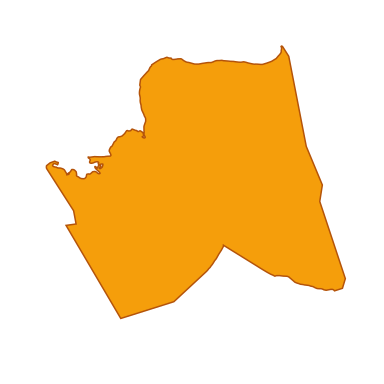 outline of Las Vegas, Santa Bárbara, Honduras, rotated 253°
{"feature_id": "27666195B74712516647149", "entity_name": "Las Vegas", "entity_type": "district", "adm_level": 2, "iso_a3": "HND", "parent_name": "Honduras", "parent_adm1": "Santa Bárbara", "projection": "albers", "projection_center": [-88.037, 14.873], "detail": "fine", "context": "isolated", "style": "filled", "palette": "amber", "viewbox_px": 384, "rotation_deg": 253, "n_neighbors": 0, "source": "geoboundaries", "source_scale": "gbopen_adm2", "svg_char_len": 5909}
<svg xmlns="http://www.w3.org/2000/svg" viewBox="0 0 384 384"><g transform="rotate(253 192 192)"><path d="M261.6,69.8L261.4,64.9L260.2,61.8L259.7,60.6L259.1,60.3L258.5,60.0L257.9,59.9L257.0,59.8L208.7,73.3L195.3,71.8L196.9,61.8L91.9,86.9L92.4,142.6L111.8,182.6L112.6,184.0L113.9,185.8L114.3,186.7L114.7,187.4L115.2,188.0L116.0,189.0L116.6,190.0L118.1,191.8L119.8,193.7L120.6,195.0L121.5,196.1L124.6,199.3L126.3,201.3L127.7,203.0L130.8,206.1L131.3,206.3L131.9,206.5L102.3,232.4L98.7,235.5L93.7,240.0L90.3,243.3L88.8,245.1L87.3,246.6L87.3,248.5L86.8,250.0L86.6,250.9L84.9,254.7L83.8,257.8L83.3,258.8L82.5,259.7L78.0,262.6L75.7,264.0L74.4,265.5L73.0,267.6L72.7,267.9L72.0,268.9L71.4,270.3L70.7,271.7L70.3,272.3L68.4,276.6L67.4,277.8L66.9,278.7L66.2,280.0L64.4,281.8L63.2,283.3L62.9,283.9L62.6,284.6L62.3,285.5L62.0,286.5L61.7,287.3L60.9,288.5L60.6,288.9L60.1,289.3L59.8,289.7L58.8,291.6L58.3,296.3L58.1,296.9L57.9,297.6L57.6,298.2L57.1,298.7L56.7,299.0L55.8,299.4L55.9,307.7L64.3,313.3L145.6,311.4L160.6,318.7L202.2,314.6L293.5,324.2L304.4,321.2L305.1,320.8L305.4,320.2L305.1,319.7L304.1,319.8L303.0,319.6L301.0,318.6L299.9,318.3L299.0,317.6L297.8,316.0L296.9,314.4L295.0,311.5L294.5,309.4L293.8,306.9L293.6,305.3L293.4,301.2L293.4,296.9L293.8,295.3L295.0,292.3L295.7,290.3L296.0,289.0L296.7,287.5L297.8,285.5L299.0,283.4L300.3,281.5L301.4,279.5L301.8,276.7L302.5,274.7L303.5,272.4L304.8,269.7L305.6,267.3L306.8,264.5L308.4,260.4L309.1,259.2L309.3,258.6L309.7,256.7L310.3,254.7L310.5,253.6L310.5,252.0L310.3,250.5L310.2,249.2L310.2,248.1L310.7,246.6L311.2,244.7L311.6,241.9L312.0,239.4L312.2,237.3L312.4,235.7L312.8,234.3L313.5,232.2L313.7,231.7L316.7,227.0L317.0,226.4L317.5,225.3L318.0,224.5L318.8,223.7L319.8,222.7L322.1,221.0L322.4,220.7L322.6,220.4L322.8,219.9L323.5,217.2L323.6,215.9L324.1,213.2L324.5,212.1L324.8,211.8L325.2,211.4L326.2,211.1L326.4,210.3L326.7,209.6L327.2,208.6L327.8,208.0L328.2,207.2L328.1,205.6L327.9,204.3L327.9,203.3L328.1,201.9L328.1,200.5L327.0,196.0L326.7,195.0L326.5,194.3L325.4,190.6L324.9,190.4L324.5,190.1L324.2,189.7L324.0,189.1L323.2,188.1L322.2,187.2L321.5,186.6L320.9,186.1L320.7,185.9L320.2,184.8L317.6,180.4L315.2,176.5L314.6,175.7L314.3,175.5L309.9,173.5L309.1,173.3L307.9,173.5L307.2,173.3L306.6,172.9L305.5,172.2L304.0,171.4L302.5,170.8L301.1,170.4L300.2,170.3L298.7,170.2L297.1,170.0L296.1,169.7L294.5,169.1L293.0,168.8L291.9,168.7L290.2,168.7L287.7,168.2L285.7,168.0L284.7,168.0L284.0,168.1L280.5,168.6L278.3,168.7L276.7,169.1L276.1,169.1L275.3,169.0L274.3,168.7L273.2,168.4L269.8,165.9L269.0,165.4L268.4,165.1L264.9,164.1L264.2,163.9L263.4,163.8L261.3,162.9L260.5,162.9L258.2,163.3L257.9,163.2L257.7,162.9L257.6,162.7L257.6,162.4L257.6,162.2L257.7,161.9L258.4,161.0L258.8,160.7L259.0,160.6L259.4,160.6L259.7,161.9L259.8,162.2L259.9,162.3L260.1,162.4L261.5,162.4L262.3,162.5L263.2,162.3L263.7,162.1L264.4,161.4L265.3,160.8L265.6,160.4L265.7,160.1L265.5,158.5L265.5,158.2L266.0,157.5L266.2,157.4L266.7,157.3L266.9,157.1L267.1,156.8L267.3,156.3L267.5,155.9L269.4,153.6L269.6,153.3L269.6,153.0L269.6,152.8L269.2,152.1L268.7,151.6L268.6,151.3L268.6,150.8L268.7,150.1L268.8,149.4L268.9,149.1L269.4,148.6L269.7,148.1L269.7,147.7L269.7,147.4L269.5,147.1L267.5,144.6L266.9,143.3L266.1,141.8L266.0,141.2L265.9,140.3L266.0,138.8L266.2,137.7L266.1,137.3L265.8,136.7L265.3,135.9L264.1,134.9L263.4,134.1L263.1,133.4L262.8,132.8L262.7,132.4L262.5,132.1L260.6,130.3L259.8,129.5L259.4,129.0L259.0,128.5L258.9,127.7L258.5,127.1L257.9,126.6L256.9,125.6L256.1,125.1L255.6,124.9L255.3,124.8L254.9,124.8L252.7,125.2L251.4,125.3L251.0,125.3L250.7,125.1L250.5,124.9L250.3,124.6L250.3,124.3L250.3,124.0L250.9,121.5L251.2,120.0L251.4,118.3L251.6,117.6L252.6,114.1L253.8,110.6L254.3,109.3L255.1,104.6L255.3,103.9L255.5,103.6L255.7,103.4L255.7,103.1L255.7,102.9L255.1,102.8L254.6,103.1L254.0,103.6L253.6,103.8L253.1,104.0L252.7,104.1L252.3,104.0L252.0,103.9L251.3,103.2L250.6,102.8L250.3,102.8L250.0,102.8L249.7,102.9L249.4,103.2L249.2,103.5L249.0,103.9L248.8,104.6L248.7,106.0L248.8,107.0L248.9,107.3L248.9,109.2L248.7,110.0L248.4,110.7L248.0,111.1L247.6,111.3L247.4,111.3L247.3,110.9L247.1,110.8L246.7,110.7L246.2,110.7L245.7,110.7L245.6,110.9L245.3,112.1L245.2,113.7L244.9,114.6L244.8,114.8L244.6,114.9L244.3,114.8L243.7,114.6L242.7,113.9L241.9,113.2L241.7,112.8L241.5,112.1L241.2,111.3L241.2,111.0L241.3,110.6L241.6,110.4L241.8,110.3L242.1,110.4L242.3,110.7L242.6,111.1L242.9,111.5L243.2,112.2L243.5,112.4L243.9,112.3L244.0,112.2L244.3,111.9L244.8,111.8L245.1,111.6L245.2,111.4L245.2,111.1L244.8,110.6L243.5,109.3L242.9,108.8L242.6,108.4L242.9,108.2L243.1,108.1L243.7,107.7L244.5,107.2L244.7,106.8L244.7,106.6L244.2,106.4L243.8,106.4L243.1,106.5L242.4,106.8L241.4,107.3L239.7,108.4L238.0,109.3L237.5,109.5L237.0,109.5L236.7,109.5L236.6,109.3L236.6,109.0L236.6,108.6L236.8,108.1L237.0,107.8L237.6,107.2L238.5,106.8L239.0,106.4L239.5,105.9L240.0,105.2L240.1,104.9L240.2,104.5L240.4,103.1L240.3,102.6L239.7,101.5L239.2,100.2L239.0,99.6L239.0,99.4L239.4,98.7L239.6,98.1L239.7,97.2L239.7,96.6L239.4,96.3L237.7,95.4L237.2,95.0L236.8,94.4L236.5,93.9L236.3,93.2L236.3,92.8L236.4,92.2L237.0,90.6L237.3,90.0L237.6,89.6L237.9,89.2L238.4,88.7L239.4,88.0L240.9,86.5L241.2,86.4L241.7,86.4L242.0,86.5L242.5,86.8L243.1,86.9L244.6,87.1L245.3,87.1L246.3,86.6L247.2,86.1L247.8,85.6L248.2,85.0L248.5,84.2L248.6,83.5L247.3,82.0L246.8,81.2L246.4,80.5L246.3,79.6L246.1,79.2L245.8,78.8L245.6,78.9L245.5,79.2L245.4,79.8L245.2,79.7L245.0,79.3L244.9,78.8L245.0,77.9L245.1,77.3L246.1,77.6L246.4,77.6L246.9,77.3L247.2,77.2L249.9,76.6L250.7,76.3L251.4,75.7L251.9,75.3L253.3,73.3L254.1,71.1L254.3,70.7L254.8,70.0L255.5,69.4L255.9,68.4L256.6,67.3L257.0,66.9L257.6,66.5L257.8,66.4L258.0,66.4L258.7,66.9L259.2,67.5L259.4,67.7L259.4,68.1L259.4,68.6L259.0,69.4L257.4,71.4L258.0,72.0L259.1,72.7L259.3,72.7L259.5,72.5L260.4,71.0L261.3,70.0L261.4,69.9L261.6,69.8Z" fill="#f59e0b" stroke="#b45309" stroke-width="1.5"/></g></svg>